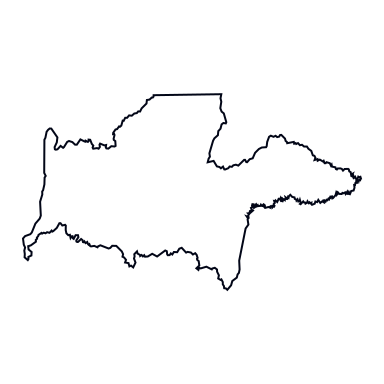 Itamarati, Amazonas, Brazil (Equal Earth projection)
{"feature_id": "56859067B49788887707038", "entity_name": "Itamarati", "entity_type": "district", "adm_level": 2, "iso_a3": "BRA", "parent_name": "Brazil", "parent_adm1": "Amazonas", "projection": "equal_earth", "projection_center": [-67.719, -6.727], "detail": "fine", "context": "isolated", "style": "outline", "palette": "ink", "viewbox_px": 384, "rotation_deg": 0, "n_neighbors": 0, "source": "geoboundaries", "source_scale": "gbopen_adm2", "svg_char_len": 6004}
<svg xmlns="http://www.w3.org/2000/svg" viewBox="0 0 384 384"><path d="M153.6,95.2L153.5,96.7L152.8,97.5L151.8,97.5L149.5,99.6L146.9,100.0L146.5,103.5L141.6,108.4L140.1,111.5L138.2,111.4L136.8,113.1L134.3,113.5L131.8,115.7L129.1,115.4L127.1,117.8L125.2,117.8L123.7,120.8L122.7,120.6L121.3,125.6L119.9,126.8L119.1,126.4L117.1,129.1L115.5,129.5L113.2,132.8L113.1,134.1L114.1,133.9L114.5,135.0L113.6,138.8L113.8,139.9L115.3,141.1L115.6,145.9L114.6,146.5L111.3,146.2L108.4,148.6L106.4,148.4L105.8,147.4L106.1,145.0L104.4,145.4L100.1,143.6L99.5,144.7L99.9,146.9L98.6,148.7L97.0,148.1L93.2,148.7L92.6,147.6L93.3,145.6L91.8,143.9L90.2,139.8L88.6,139.6L88.6,141.1L87.9,141.9L85.6,140.7L85.4,141.7L84.6,141.5L80.4,139.4L76.8,144.7L75.1,144.7L72.4,142.1L69.0,141.0L67.2,141.9L63.9,147.2L63.1,147.8L60.6,145.9L57.5,149.3L55.8,149.7L54.9,149.3L54.6,147.1L56.8,142.4L57.4,137.4L51.3,128.6L49.7,128.5L48.1,129.8L46.6,131.8L45.4,137.8L44.4,139.7L44.2,172.9L45.7,175.9L44.6,177.6L44.4,184.4L43.1,190.2L42.2,191.5L42.3,194.5L40.1,201.7L40.8,215.6L39.7,218.6L35.4,223.6L31.8,232.5L30.3,234.2L25.1,236.1L23.0,238.5L23.8,244.7L25.1,247.5L24.3,250.6L24.8,254.0L24.6,257.3L27.8,260.1L28.4,259.2L28.4,256.9L31.4,255.5L31.6,252.0L28.6,249.5L28.2,246.2L30.8,245.4L35.9,241.7L35.8,239.9L37.1,238.7L36.9,237.6L38.2,236.1L38.5,234.9L41.5,232.9L42.1,233.6L43.8,232.7L45.5,233.3L47.1,232.2L49.5,232.8L51.6,230.6L52.3,231.6L53.3,231.1L56.8,227.9L59.4,223.2L60.5,223.2L62.3,225.5L65.1,224.8L65.8,225.6L65.7,230.0L66.4,233.3L68.3,235.2L69.9,234.8L70.6,238.0L71.7,236.3L72.5,236.2L73.0,238.4L73.7,238.9L75.6,235.2L78.0,235.2L78.4,237.2L76.3,240.4L76.4,241.5L77.2,242.0L78.1,241.9L81.1,239.0L82.5,240.1L83.0,242.1L83.8,242.3L84.4,241.4L85.7,243.1L87.2,242.0L88.0,244.1L88.7,244.8L89.4,244.2L90.2,246.1L91.0,246.4L94.3,245.9L97.5,247.3L98.0,246.4L100.4,245.3L108.6,248.5L110.3,247.9L112.2,245.8L116.3,245.9L121.8,251.4L123.1,254.2L122.5,256.7L124.0,257.4L126.0,259.8L125.1,262.5L128.5,263.1L129.4,266.4L131.0,265.6L133.2,267.4L135.5,262.6L134.0,258.5L134.6,256.4L134.3,254.2L137.0,251.4L137.6,253.6L140.0,254.9L140.2,256.0L141.6,255.0L142.9,256.4L144.2,255.2L145.0,256.7L147.8,256.5L152.2,253.8L157.1,256.5L165.2,250.5L166.8,251.2L167.2,254.4L167.8,255.2L169.6,255.1L170.8,253.4L172.3,254.5L173.9,252.0L177.2,252.2L179.3,248.7L181.7,247.8L186.1,252.6L187.6,251.9L190.9,252.5L192.9,254.5L195.2,253.2L196.6,254.8L197.6,257.9L197.0,258.7L197.2,259.8L198.7,261.1L199.3,265.5L196.4,268.3L198.4,269.9L199.1,267.8L200.7,268.4L206.4,266.7L211.8,269.4L212.3,268.5L214.8,267.8L217.0,269.5L217.1,271.7L218.9,275.3L218.2,278.5L220.6,279.9L221.4,279.4L222.8,282.1L222.8,284.4L223.9,286.0L224.2,288.2L225.9,288.4L227.3,289.8L231.1,285.3L232.3,281.0L236.8,277.6L237.6,274.4L238.9,272.9L239.6,269.5L239.2,260.6L245.6,228.5L248.4,224.6L247.6,219.4L248.1,218.5L246.7,216.4L248.5,217.1L248.2,215.4L249.1,214.2L248.1,213.3L249.6,213.0L249.9,211.1L252.0,210.1L251.0,207.9L252.6,207.0L252.0,205.7L252.4,204.2L253.4,204.3L253.0,205.7L254.3,206.1L254.2,207.7L255.8,206.6L256.0,206.0L255.3,205.0L256.1,204.2L257.0,206.1L257.8,205.2L258.2,206.1L260.3,205.9L260.9,204.7L261.8,205.9L263.4,206.2L263.8,205.9L263.1,204.8L263.6,204.3L264.8,205.3L265.0,207.1L264.5,207.2L265.1,207.9L268.4,207.0L269.7,207.5L269.4,207.0L270.9,206.1L272.2,207.3L272.5,206.1L273.9,206.8L274.5,205.8L273.7,204.9L273.7,204.0L274.8,202.9L274.2,201.0L275.1,201.2L275.5,200.4L277.2,202.0L278.6,198.9L279.8,199.5L280.4,198.3L280.7,199.8L281.9,198.0L282.8,198.9L281.7,199.4L281.8,201.1L282.6,201.3L283.3,199.4L284.7,200.1L284.6,199.1L286.1,199.0L285.6,197.3L287.4,198.6L288.0,196.9L288.6,197.6L288.9,196.2L290.3,194.8L292.2,196.9L294.5,197.4L294.8,198.9L296.3,199.6L296.5,200.5L297.5,199.3L298.3,201.5L299.5,201.1L299.9,199.9L300.8,203.1L300.0,203.9L300.6,204.2L303.2,201.4L303.9,202.4L305.2,202.6L305.5,203.6L306.9,202.8L307.5,201.3L308.6,203.1L309.5,202.3L310.1,203.2L311.4,202.7L311.2,203.9L312.0,204.8L314.7,203.7L315.4,201.5L317.2,202.1L318.3,199.9L320.3,202.9L322.1,201.4L323.8,202.3L323.4,200.4L324.2,200.2L325.6,201.6L326.5,199.8L327.4,200.3L328.4,198.7L329.1,199.4L329.8,197.8L330.3,197.9L330.4,196.6L332.1,196.4L332.4,198.4L332.9,198.2L335.5,195.2L336.1,193.0L336.6,194.3L337.1,192.7L337.6,193.5L338.0,192.5L339.2,193.9L341.7,194.0L342.4,192.9L343.3,193.3L345.1,192.4L345.6,193.9L347.0,192.0L347.1,193.8L347.8,193.9L348.8,192.0L349.4,193.3L348.8,193.8L349.9,194.2L351.2,191.0L353.6,190.5L354.5,187.7L354.2,185.0L355.0,185.1L355.4,183.0L357.1,182.8L356.1,181.1L357.2,179.8L358.4,181.1L358.5,179.3L359.0,180.6L360.1,180.4L360.2,179.2L361.0,178.7L360.4,176.8L359.1,177.3L358.3,176.7L357.9,177.9L356.4,179.0L355.7,178.7L355.2,176.8L353.6,178.0L353.3,177.0L352.4,176.5L353.6,176.1L353.0,174.6L352.2,174.8L352.7,173.7L351.1,174.6L350.7,172.2L349.3,171.4L348.8,169.4L348.1,168.9L344.6,169.0L343.0,170.6L341.8,168.9L340.4,168.4L337.6,168.5L336.9,169.5L335.9,169.0L335.4,167.3L332.0,166.6L331.6,164.6L330.9,165.6L329.8,163.2L326.5,162.2L325.7,163.2L324.6,163.2L323.7,160.9L323.1,161.6L319.8,159.6L317.7,160.7L317.5,159.1L314.6,160.0L315.4,157.7L314.4,155.8L312.8,155.3L311.3,150.9L308.4,148.8L306.9,146.5L304.0,146.5L302.0,144.8L299.9,145.2L298.0,143.1L296.2,144.0L295.6,143.1L294.2,143.7L293.8,141.9L287.2,143.2L287.0,142.1L285.6,140.9L285.0,138.6L281.3,134.9L280.1,135.0L279.2,136.6L277.2,137.1L275.6,135.8L273.5,136.8L270.8,135.7L269.1,136.8L267.2,141.9L266.7,146.1L266.1,147.2L261.8,147.5L258.9,149.0L255.1,152.8L252.7,158.3L249.7,159.2L247.1,162.2L246.3,162.1L245.1,159.9L244.1,159.9L238.3,165.6L235.9,164.7L233.3,165.3L231.9,166.8L229.6,166.5L228.3,168.2L225.1,169.5L224.3,169.4L223.0,166.6L220.9,168.3L219.5,167.0L216.9,166.4L213.6,160.9L207.7,162.3L208.6,158.7L209.9,156.7L209.4,153.3L213.1,140.7L214.4,138.3L217.9,135.2L218.3,131.1L220.5,128.7L221.6,124.4L223.4,123.0L225.8,123.4L226.3,122.2L223.8,113.4L221.6,111.6L220.3,108.2L221.3,101.7L220.5,98.3L221.3,94.2L153.6,95.2ZM252.0,210.1L251.5,211.3L251.4,211.9L252.9,210.6L252.0,210.1Z" fill="none" stroke="#020617" stroke-width="2"/></svg>